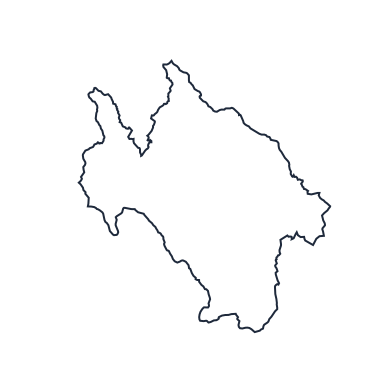 outline of Mu Cang Chai, Yên Bái, Vietnam, rotated 220°
{"feature_id": "81297802B12607058922832", "entity_name": "Mu Cang Chai", "entity_type": "district", "adm_level": 2, "iso_a3": "VNM", "parent_name": "Vietnam", "parent_adm1": "Yên Bái", "projection": "orthographic", "projection_center": [104.163, 21.805], "detail": "fine", "context": "isolated", "style": "outline", "palette": "slate", "viewbox_px": 384, "rotation_deg": 220, "n_neighbors": 0, "source": "geoboundaries", "source_scale": "gbopen_adm2", "svg_char_len": 6046}
<svg xmlns="http://www.w3.org/2000/svg" viewBox="0 0 384 384"><g transform="rotate(220 192 192)"><path d="M300.3,155.2L299.7,150.7L299.0,149.7L296.6,147.6L293.0,146.3L292.0,145.4L291.4,144.0L291.3,141.2L289.4,139.4L287.2,137.8L286.7,132.2L284.9,131.4L284.6,130.7L284.4,128.8L284.7,126.4L282.3,126.3L278.3,125.2L276.4,123.7L273.4,123.4L272.6,122.1L267.4,121.2L263.9,116.5L262.5,114.0L259.8,116.1L257.2,117.6L255.3,118.0L254.1,117.8L252.7,118.4L250.7,118.7L247.5,118.8L246.1,118.3L241.0,114.3L239.1,113.4L237.3,113.5L234.7,112.8L229.8,109.3L225.2,108.6L224.0,108.8L222.1,110.8L222.1,112.2L222.7,113.8L223.7,114.6L229.0,117.4L230.0,118.5L231.8,122.3L234.2,123.7L234.1,125.0L232.5,130.0L232.4,131.4L234.0,134.9L234.1,135.7L233.9,136.2L233.1,136.8L227.5,139.9L224.8,142.1L223.9,141.8L220.3,141.8L215.0,144.3L213.7,143.8L207.7,142.9L206.8,142.4L202.6,142.4L200.3,141.7L197.6,141.7L195.8,140.9L193.9,140.4L191.9,139.3L190.6,139.9L189.2,140.0L187.3,139.3L185.6,139.3L184.9,138.9L183.6,137.5L180.6,135.9L180.0,134.2L178.6,133.2L174.3,131.4L173.4,131.3L172.3,131.9L171.7,131.9L169.2,130.7L166.1,129.8L163.6,128.4L160.7,127.8L157.9,128.5L156.6,130.8L156.0,132.6L155.2,133.6L154.6,133.9L151.9,134.6L147.6,133.7L145.2,131.7L143.9,132.0L140.0,129.8L136.9,128.7L134.0,128.7L133.2,127.5L131.5,127.9L130.0,129.1L128.8,127.8L125.0,126.9L122.6,127.0L119.7,125.9L118.5,126.7L116.2,126.5L113.4,124.3L110.6,122.6L109.2,121.5L107.7,117.3L106.2,116.2L105.6,115.3L105.5,113.8L108.6,111.4L108.8,111.0L108.9,108.8L108.5,105.7L107.5,103.1L106.1,100.8L104.4,99.2L103.0,98.6L100.0,100.6L98.4,102.5L97.5,102.8L95.5,102.6L95.2,102.9L94.1,104.5L92.7,107.7L90.9,109.5L90.4,110.7L90.1,112.2L90.9,113.0L91.0,113.4L89.6,116.6L87.5,119.1L85.0,121.3L83.4,123.7L80.2,126.8L79.3,126.3L76.3,125.7L76.0,124.2L75.5,123.7L72.7,123.6L70.9,120.0L69.4,118.8L67.7,118.5L65.7,119.8L63.8,122.4L62.4,123.7L60.7,124.7L58.2,125.1L53.9,125.0L50.9,129.4L50.8,130.9L49.8,133.0L51.0,135.1L51.4,136.7L50.3,140.5L50.2,141.8L51.1,144.4L51.0,147.5L51.7,154.0L51.4,157.0L52.4,158.2L54.9,160.4L55.6,161.5L58.6,164.3L62.6,167.4L67.5,172.7L67.9,173.5L67.9,174.6L67.5,176.2L66.3,176.6L66.7,178.1L69.6,179.3L74.8,182.7L76.0,183.9L75.6,186.3L78.2,187.9L79.8,188.3L80.9,188.9L81.1,189.6L81.1,191.8L84.0,193.5L84.2,194.0L83.9,194.8L84.7,195.3L85.2,196.1L85.0,197.5L85.4,198.6L84.7,199.6L84.7,201.4L86.3,202.3L87.6,203.7L89.4,208.1L90.2,209.2L93.5,212.2L91.0,220.0L89.3,219.8L88.3,220.9L87.2,221.6L86.7,221.6L86.1,220.8L85.5,220.9L85.2,220.1L84.7,221.1L84.4,222.0L85.6,226.6L85.9,228.5L83.1,227.0L79.8,227.3L77.3,229.7L75.7,228.4L74.1,227.6L65.2,229.2L66.7,236.1L65.9,240.1L62.8,243.2L66.1,245.9L68.3,247.3L68.7,248.2L68.7,251.9L69.4,252.7L70.5,253.5L73.2,254.6L77.3,257.6L77.2,260.7L76.4,265.0L76.7,267.3L76.7,269.1L77.0,269.9L81.3,270.1L83.7,269.9L85.7,270.2L87.8,269.8L90.1,269.8L92.8,270.9L93.8,273.2L95.2,272.0L99.0,266.9L102.2,265.0L103.7,266.4L103.8,267.4L106.9,267.1L108.2,266.3L109.8,267.3L110.8,267.1L112.5,268.1L113.5,268.3L113.8,268.6L113.7,270.3L114.1,271.6L114.8,272.0L115.7,271.3L117.6,270.9L118.8,269.4L120.7,270.5L122.2,270.5L123.2,269.4L124.8,270.2L124.5,268.9L124.8,268.3L125.3,268.3L128.0,269.3L129.4,271.3L131.8,272.3L134.5,274.5L134.9,275.4L136.6,276.8L138.1,277.3L142.8,277.9L149.3,280.2L151.9,280.7L153.5,281.5L155.4,283.1L157.0,284.9L158.1,285.3L159.9,285.4L165.2,282.6L166.2,283.3L168.0,283.9L170.1,282.8L171.8,283.1L173.4,282.5L175.6,280.7L177.8,279.9L188.1,278.3L190.6,278.8L193.1,278.1L195.2,277.9L197.0,278.2L198.3,279.2L203.9,282.0L204.6,282.1L205.4,281.1L206.5,282.2L214.0,282.6L215.6,282.1L216.6,280.5L219.7,277.9L220.1,277.1L220.1,276.0L222.4,274.1L223.5,272.5L224.5,269.5L226.2,268.4L228.1,268.0L229.4,268.6L231.7,268.8L232.8,268.8L234.5,268.2L236.3,269.1L238.5,269.6L239.7,269.5L241.7,268.7L246.6,269.2L247.6,270.1L247.6,270.8L247.1,271.6L247.3,272.0L247.9,272.6L250.0,273.5L251.0,273.6L252.4,273.1L256.2,272.5L260.0,274.2L261.3,274.2L263.3,274.7L264.8,274.4L266.0,275.4L269.4,279.4L272.1,279.8L273.0,279.6L275.5,278.2L279.3,277.5L280.5,277.6L281.4,278.3L284.2,278.8L287.9,278.2L289.4,278.3L292.0,279.3L292.1,276.3L292.6,274.7L293.2,273.5L295.9,271.3L295.5,270.5L294.2,269.4L290.1,268.7L286.7,266.2L284.8,263.3L284.1,263.3L282.8,264.3L281.6,263.5L280.3,263.3L279.7,263.8L278.2,263.0L277.3,263.0L276.0,261.8L275.6,257.2L273.5,255.9L273.3,255.4L273.4,252.2L271.6,250.1L271.7,249.6L269.9,248.6L269.3,247.7L268.3,246.9L268.7,246.3L268.8,245.3L268.1,244.0L268.6,242.5L269.2,242.4L270.1,241.5L269.8,240.3L270.0,239.1L271.1,236.1L270.8,233.2L270.1,231.1L270.1,229.9L270.6,227.6L270.5,226.4L270.6,225.9L272.0,224.9L270.6,222.0L266.1,222.3L265.5,221.9L264.4,219.1L264.3,217.5L263.3,216.4L262.2,212.8L262.1,207.7L262.4,206.4L260.9,206.3L259.9,205.6L259.3,203.1L258.6,203.2L257.6,204.2L257.5,204.9L255.9,204.9L255.1,204.0L256.2,203.1L256.4,201.6L255.8,199.8L255.1,198.9L254.2,198.6L253.9,197.6L253.9,196.5L254.3,195.7L254.5,193.7L253.9,187.7L254.2,187.0L254.8,187.8L257.2,188.9L259.4,191.4L260.5,191.9L261.7,191.2L267.8,192.1L269.4,193.2L270.9,195.1L271.4,194.4L272.7,193.7L274.0,192.4L276.3,193.2L277.5,200.5L281.5,201.1L281.8,200.8L281.5,199.6L282.2,198.9L283.6,198.3L284.5,198.7L287.2,197.8L290.9,199.6L292.3,199.0L293.2,200.9L294.8,201.2L295.9,202.0L296.7,204.1L299.6,205.1L300.0,206.1L302.3,206.8L302.5,207.6L303.8,207.9L304.4,208.9L305.3,208.9L307.0,210.0L309.2,209.0L310.5,210.3L313.6,211.7L314.6,212.4L319.1,213.0L321.0,210.3L321.6,210.0L323.5,209.9L326.5,210.5L328.7,209.4L332.3,209.8L333.2,209.5L333.6,208.7L333.0,207.8L332.9,206.8L332.1,205.8L332.1,205.3L332.6,204.3L334.0,202.9L334.2,200.7L334.1,200.2L332.7,199.1L331.4,198.4L329.5,198.4L326.4,197.6L324.5,198.6L320.1,197.1L318.6,195.7L317.8,194.1L316.7,193.2L316.0,191.0L313.0,186.4L310.8,185.0L308.9,185.0L306.0,183.7L304.6,183.6L302.5,182.0L300.2,181.4L296.3,178.5L295.0,178.3L294.0,177.3L293.6,175.5L292.7,174.4L292.3,171.6L293.7,170.6L293.7,170.0L294.2,169.5L295.6,169.7L296.1,169.5L296.0,167.9L297.3,165.7L296.8,163.5L296.8,162.8L298.5,159.8L298.6,158.3L300.3,155.2Z" fill="none" stroke="#1e293b" stroke-width="2"/></g></svg>